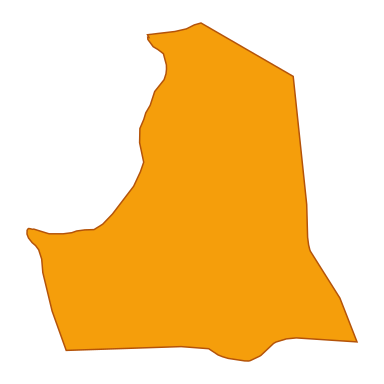 SVG path tracing the border of Al Isma`iliyah
{"feature_id": "EGY-1531", "entity_name": "Al Isma`iliyah", "entity_type": "Governorate", "adm_level": 1, "iso_a3": "EGY", "parent_name": "Egypt", "parent_adm1": "", "projection": "orthographic", "projection_center": [32.173, 30.661], "detail": "fine", "context": "isolated", "style": "filled", "palette": "amber", "viewbox_px": 384, "rotation_deg": 0, "n_neighbors": 0, "source": "natural_earth", "source_scale": "10m", "svg_char_len": 955}
<svg xmlns="http://www.w3.org/2000/svg" viewBox="0 0 384 384"><path d="M147.7,37.3L148.9,37.5L147.5,34.7L174.9,31.5L186.3,28.9L194.3,24.9L201.0,23.0L293.2,76.4L306.7,204.5L307.6,237.3L308.6,244.9L309.8,249.8L310.4,251.3L339.9,298.1L357.0,341.9L296.3,337.9L286.3,338.9L276.1,342.0L273.6,343.4L261.0,355.3L259.6,356.2L250.3,360.6L248.7,361.0L244.7,360.9L228.2,358.4L222.5,356.7L218.0,354.9L208.7,348.7L181.1,346.6L66.2,350.4L52.1,311.0L42.8,272.5L41.7,259.1L38.7,249.8L35.6,245.6L32.1,242.6L28.5,238.0L27.0,234.1L27.1,230.3L27.9,229.0L28.7,228.5L30.1,228.7L32.1,229.2L32.7,229.3L33.8,229.1L48.4,233.6L49.4,233.8L63.2,233.8L71.8,232.7L76.6,231.0L84.8,229.9L94.0,229.6L102.7,224.2L112.5,214.0L133.7,186.2L140.4,171.8L143.7,162.2L139.6,142.7L139.9,128.5L143.8,119.4L145.8,112.8L150.2,105.3L154.7,91.5L164.1,79.7L166.0,73.8L166.5,69.2L166.4,64.9L163.4,53.7L157.9,49.5L153.2,46.7L147.9,39.5L147.7,37.3Z" fill="#f59e0b" stroke="#b45309" stroke-width="1.5"/></svg>